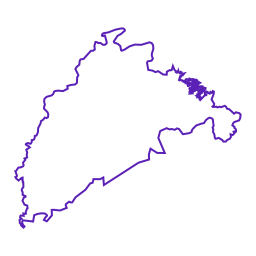 the district of Santa María Chilchotla, Oaxaca, Mexico
{"feature_id": "50627088B76224876004944", "entity_name": "Santa María Chilchotla", "entity_type": "district", "adm_level": 2, "iso_a3": "MEX", "parent_name": "Mexico", "parent_adm1": "Oaxaca", "projection": "orthographic", "projection_center": [-96.72, 18.289], "detail": "fine", "context": "isolated", "style": "outline", "palette": "violet", "viewbox_px": 256, "rotation_deg": 0, "n_neighbors": 0, "source": "geoboundaries", "source_scale": "gbopen_adm2", "svg_char_len": 5677}
<svg xmlns="http://www.w3.org/2000/svg" viewBox="0 0 256 256"><path d="M103.9,185.0L138.5,162.7L149.1,159.5L148.9,154.4L150.5,148.7L157.2,152.9L164.8,153.0L158.6,138.6L158.4,137.7L160.1,131.3L160.7,130.8L166.6,128.2L169.5,129.4L171.5,129.0L174.8,129.8L177.0,128.4L179.1,129.1L182.9,134.2L189.5,133.1L191.7,131.8L191.8,130.4L192.9,128.8L196.2,125.5L201.2,123.7L204.0,123.1L205.8,120.2L208.0,118.4L209.4,117.7L211.1,118.0L212.8,119.3L213.6,125.8L212.6,127.6L213.3,129.4L213.0,132.0L214.3,134.2L214.9,138.0L215.8,138.8L218.7,137.9L222.4,140.1L223.4,141.6L225.7,141.6L227.3,139.9L229.8,138.8L230.9,137.0L230.6,134.3L232.6,135.1L234.5,133.2L233.6,131.7L234.4,131.4L235.0,132.0L236.0,131.6L236.1,130.3L235.5,128.7L234.3,127.8L234.4,126.7L232.4,125.4L233.0,123.5L234.3,122.0L239.1,120.4L240.2,118.1L240.6,114.5L239.1,113.1L235.8,112.3L234.1,113.7L229.2,109.2L227.0,108.7L226.3,107.1L224.8,105.8L221.0,107.2L219.8,106.7L217.4,107.4L216.3,106.7L213.0,107.0L212.5,106.6L213.9,105.2L214.2,103.8L211.6,99.5L213.7,93.8L213.9,91.6L213.0,91.2L212.9,92.0L211.9,92.9L211.1,92.9L211.0,92.0L210.5,91.8L209.7,93.7L207.3,92.6L207.5,91.9L206.6,91.7L206.3,92.3L205.0,91.8L205.0,94.4L206.4,94.7L206.3,95.2L204.7,95.4L200.2,100.1L199.4,98.9L200.7,97.8L200.4,96.8L199.5,96.7L199.7,95.1L197.9,95.6L197.7,96.6L198.1,97.2L197.2,97.3L197.3,96.4L196.6,95.9L197.7,95.6L197.6,94.5L196.2,94.4L198.4,94.4L198.4,93.3L199.1,94.1L199.4,93.8L199.6,94.5L200.1,93.6L200.6,93.8L200.9,93.4L199.7,92.9L200.1,92.0L198.9,91.8L199.1,90.8L199.7,90.7L199.6,91.6L200.4,91.4L200.5,92.0L201.7,92.4L201.3,91.4L202.2,91.7L203.0,90.9L201.3,90.1L200.6,89.2L200.4,90.3L200.1,90.1L200.5,89.0L202.2,89.6L201.8,88.9L202.4,88.7L202.0,88.3L201.6,88.7L200.7,88.4L201.1,87.6L200.3,88.1L199.7,87.7L200.7,86.9L202.4,87.3L202.5,88.2L203.3,88.1L202.9,88.8L203.3,89.0L202.8,89.7L203.6,90.0L203.8,91.1L204.2,90.8L203.7,89.2L204.4,89.0L203.8,88.3L205.2,88.4L205.0,89.3L205.4,89.4L205.5,88.0L203.5,87.6L202.4,86.4L201.4,86.2L199.2,86.6L198.0,85.6L198.0,86.7L197.2,86.4L197.1,87.0L196.6,86.3L197.3,85.9L197.2,85.4L197.9,85.6L197.3,84.7L198.9,83.7L198.2,83.7L196.7,84.5L196.7,85.0L196.3,84.9L195.9,86.5L196.2,87.6L198.0,87.7L197.6,88.5L198.0,89.0L197.3,89.1L197.2,90.1L195.3,89.3L195.2,90.7L193.6,90.7L193.8,91.2L192.3,91.6L192.7,92.4L192.2,92.6L192.5,93.4L191.2,93.5L191.8,93.1L191.3,92.2L193.3,90.6L191.1,91.3L190.3,90.6L190.4,91.7L189.9,92.0L190.3,93.1L189.5,92.9L189.4,91.9L190.4,89.6L189.4,88.9L189.5,88.2L190.7,87.7L190.3,89.0L191.5,90.1L191.1,89.1L191.5,88.1L192.5,87.5L192.5,88.8L191.9,89.5L193.1,89.1L193.4,90.3L193.7,88.5L195.0,89.0L194.3,87.4L195.2,86.7L194.2,86.8L195.1,85.6L194.3,85.5L194.8,85.1L195.9,85.3L196.3,84.5L194.7,84.2L192.2,85.1L192.2,86.1L191.8,86.2L192.0,84.9L190.3,84.7L191.0,83.2L191.7,83.3L191.8,83.9L192.4,81.8L193.5,82.7L193.2,83.6L194.6,82.6L195.1,83.2L196.1,82.1L195.6,81.5L196.1,81.0L196.2,82.7L197.1,81.8L198.5,81.8L197.2,81.0L196.9,80.0L194.2,79.4L195.2,80.7L194.4,81.3L194.0,80.7L193.6,81.3L193.3,79.8L188.4,78.3L191.3,80.4L189.3,80.4L186.7,79.0L186.0,79.3L186.3,79.8L187.7,79.9L188.7,81.3L189.4,81.4L186.9,82.3L186.8,81.3L186.2,82.9L187.8,82.4L189.3,82.8L188.5,83.3L189.1,84.0L188.4,84.8L189.3,85.5L188.9,86.0L188.0,86.0L187.2,83.6L183.5,81.7L185.4,81.0L185.3,80.6L183.0,80.8L180.9,79.8L179.4,80.4L179.0,80.1L180.0,76.9L180.2,77.6L182.0,75.2L182.6,75.4L184.3,73.4L182.5,73.8L181.6,73.4L181.2,72.8L181.5,72.3L180.6,71.9L180.2,73.2L178.8,72.6L178.3,70.6L177.7,72.3L176.8,72.7L176.1,72.3L176.9,71.5L175.7,71.1L174.6,70.1L172.9,66.0L171.8,69.9L170.8,70.4L169.7,70.1L166.9,71.7L166.7,74.7L163.1,74.5L158.2,71.2L155.4,72.1L152.5,70.6L148.3,69.9L147.0,62.7L147.7,61.4L151.5,60.7L152.9,58.7L151.8,55.8L151.9,53.6L153.3,49.0L153.3,47.6L153.0,45.1L151.7,43.1L149.6,42.3L141.3,44.8L134.8,44.6L129.5,46.4L124.5,49.6L121.8,50.7L121.1,50.3L120.3,46.0L117.9,43.9L114.2,42.6L113.8,41.4L117.6,35.8L121.1,33.9L124.9,30.6L124.4,29.2L123.3,28.5L121.5,28.4L115.6,29.6L108.3,32.4L103.6,33.2L102.5,33.9L101.9,35.3L102.2,35.9L102.9,36.1L104.9,35.5L106.7,42.1L106.6,43.5L104.8,44.8L103.0,44.8L100.5,43.0L98.2,43.0L96.7,42.1L95.5,42.0L94.4,45.9L94.8,49.5L93.3,50.7L90.9,50.8L83.5,59.0L80.8,59.3L80.2,59.9L79.7,61.0L79.3,64.7L76.4,67.2L75.4,69.1L78.2,74.7L78.3,75.6L77.2,77.1L76.9,82.9L75.0,84.5L71.2,84.9L67.3,86.0L67.7,88.7L63.0,91.1L58.2,90.6L55.0,91.1L54.1,91.7L53.3,93.8L51.9,95.3L46.4,96.9L44.4,99.0L44.1,101.6L44.9,104.7L44.1,106.8L44.0,108.6L47.5,112.2L48.3,114.2L48.0,117.1L46.6,118.1L44.7,117.6L43.3,119.6L41.0,121.1L40.6,123.3L38.2,128.0L37.9,132.4L36.5,135.5L34.8,135.9L34.7,138.0L33.8,139.7L31.7,140.1L31.8,141.7L31.0,143.4L30.1,143.8L28.4,143.1L27.0,143.2L25.8,144.2L26.3,145.0L28.2,145.9L29.8,147.3L26.3,149.7L27.2,152.6L26.7,154.6L27.1,157.5L24.5,158.5L25.3,159.8L23.0,162.7L23.6,165.1L23.2,166.2L21.3,167.2L18.4,167.6L15.8,171.3L15.4,171.3L17.0,175.8L16.6,176.6L15.4,177.1L16.3,178.6L18.6,180.5L21.8,177.8L22.6,177.6L22.6,179.7L22.2,179.7L23.2,181.9L22.8,182.1L23.3,183.3L23.4,187.0L22.1,188.7L21.7,190.3L22.7,192.3L22.6,194.8L24.0,195.4L24.4,196.3L25.4,196.1L25.5,196.8L23.8,197.6L22.5,200.7L24.5,204.7L27.2,205.5L27.6,208.2L26.8,209.0L25.6,212.4L26.0,213.6L24.6,214.0L23.4,213.5L23.7,215.9L21.0,215.4L20.3,216.0L20.1,217.3L21.4,218.6L19.6,219.7L19.8,223.1L20.9,224.1L21.2,225.5L23.5,227.6L24.5,226.5L23.1,225.0L22.4,223.4L22.1,222.1L22.7,220.3L33.1,221.5L34.2,215.2L37.6,213.9L41.8,213.3L44.9,213.5L46.6,214.8L47.0,215.5L46.7,216.2L45.3,217.5L43.9,219.9L46.8,221.3L51.9,215.4L51.7,209.9L54.0,209.8L60.0,210.5L66.7,207.9L65.7,205.3L65.9,204.2L69.1,201.7L70.9,202.5L72.2,202.4L75.5,197.3L85.4,189.8L90.2,183.4L92.6,182.8L93.5,179.1L100.1,179.2L103.3,177.5L103.9,185.0Z" fill="none" stroke="#5b21b6" stroke-width="2"/></svg>